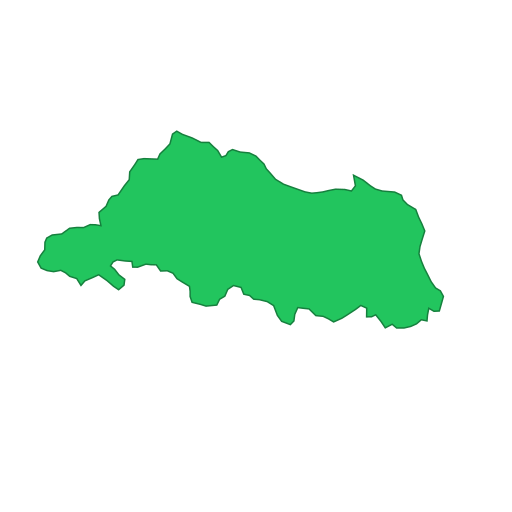 Campina do Monte Alegre, São Paulo, Brazil (Robinson projection), rotated 305°
{"feature_id": "56859067B72444966760519", "entity_name": "Campina do Monte Alegre", "entity_type": "district", "adm_level": 2, "iso_a3": "BRA", "parent_name": "Brazil", "parent_adm1": "São Paulo", "projection": "robinson", "projection_center": [-48.452, -23.612], "detail": "fine", "context": "isolated", "style": "filled", "palette": "green", "viewbox_px": 512, "rotation_deg": 305, "n_neighbors": 0, "source": "geoboundaries", "source_scale": "gbopen_adm2", "svg_char_len": 2186}
<svg xmlns="http://www.w3.org/2000/svg" viewBox="0 0 512 512"><g transform="rotate(305 256 256)"><path d="M131.5,129.5L137.5,130.1L144.6,134.5L150.4,137.9L150.4,148.1L149.5,156.6L149.6,162.8L156.4,164.6L161.6,161.9L161.9,154.5L164.0,147.8L164.4,142.5L169.1,142.3L173.1,144.4L176.9,151.7L180.4,157.5L176.2,161.4L179.0,165.5L186.2,170.5L188.6,174.9L191.6,179.4L189.0,186.5L193.0,191.8L194.3,197.9L192.1,204.3L192.4,210.8L193.0,218.9L189.3,222.3L185.0,225.3L181.4,230.2L184.5,238.2L186.3,243.8L193.3,252.0L199.7,251.0L205.2,253.5L212.5,252.0L218.9,254.5L221.7,261.8L217.7,267.9L220.0,273.4L219.3,278.9L222.2,283.9L225.1,291.4L225.5,298.9L219.6,307.6L217.2,314.5L219.5,323.5L224.5,324.3L230.5,321.2L237.7,319.8L240.5,325.1L243.1,329.8L241.5,339.2L245.1,345.6L246.1,351.4L246.5,357.4L254.2,362.0L259.6,364.3L269.4,368.2L275.6,370.2L276.8,376.6L269.6,381.5L272.5,385.5L276.5,387.8L274.1,395.9L271.3,403.1L278.2,406.7L277.7,412.5L282.0,418.6L287.0,423.1L292.5,426.4L298.6,428.0L300.9,433.3L306.1,430.3L312.3,427.5L312.8,433.5L316.1,437.7L324.2,434.9L330.4,432.7L333.2,427.0L332.8,421.4L335.4,414.2L339.9,405.9L342.5,400.9L346.6,394.5L351.3,388.2L357.8,384.9L365.7,382.3L373.3,379.9L377.4,373.5L381.1,366.9L385.7,360.2L385.0,350.5L386.2,344.2L389.2,340.3L387.9,332.9L381.6,322.1L379.3,315.4L379.1,309.4L379.6,300.2L378.1,289.6L370.5,297.2L364.0,296.9L361.4,290.6L356.3,282.8L351.1,277.8L346.7,273.9L342.5,269.3L339.4,265.6L336.6,259.3L332.7,245.2L330.6,237.4L330.0,228.0L332.1,219.8L333.3,214.4L335.9,209.8L336.7,204.3L337.8,198.7L336.6,191.4L332.1,183.5L329.7,175.7L325.6,173.5L321.0,173.8L317.2,171.1L320.4,164.1L321.1,158.2L322.1,152.4L317.5,145.8L316.1,136.1L313.4,125.9L312.8,119.5L308.0,117.7L298.5,121.2L291.5,120.2L284.6,118.8L278.9,119.9L271.5,108.4L267.3,104.0L261.3,104.3L252.5,104.3L245.8,108.4L238.2,107.9L226.9,108.0L222.2,103.8L217.6,103.3L210.7,104.7L201.7,102.4L196.8,106.3L191.9,111.6L189.5,106.6L186.6,102.2L180.4,98.5L176.7,93.0L171.8,87.4L162.6,84.2L156.3,77.0L150.7,74.3L146.3,75.2L139.9,79.4L132.5,79.2L125.9,80.6L122.8,86.9L124.2,93.2L127.1,99.2L132.3,104.3L133.0,109.6L132.5,115.1L134.7,122.1L131.5,129.5Z" fill="#22c55e" stroke="#15803d" stroke-width="1.5"/></g></svg>